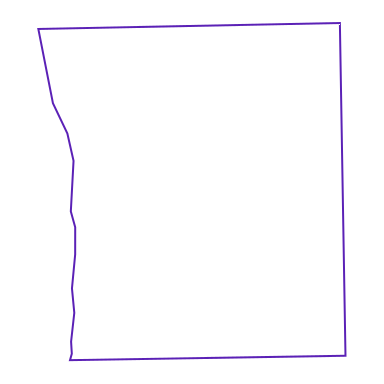 Kearney, Nebraska, United States of America, rotated 269°
{"feature_id": "52423323B30771847835417", "entity_name": "Kearney", "entity_type": "district", "adm_level": 2, "iso_a3": "USA", "parent_name": "United States of America", "parent_adm1": "Nebraska", "projection": "robinson", "projection_center": [-98.962, 40.52], "detail": "fine", "context": "isolated", "style": "outline", "palette": "violet", "viewbox_px": 384, "rotation_deg": 269, "n_neighbors": 0, "source": "geoboundaries", "source_scale": "gbopen_adm2", "svg_char_len": 340}
<svg xmlns="http://www.w3.org/2000/svg" viewBox="0 0 384 384"><g transform="rotate(269 192 192)"><path d="M358.4,342.8L357.7,41.2L283.2,54.5L252.7,68.4L225.2,74.1L174.7,70.5L158.8,74.6L131.6,74.1L97.7,70.3L73.2,72.2L44.5,68.5L32.4,69.0L26.0,67.1L25.6,342.6L356.2,342.8L358.4,342.8Z" fill="none" stroke="#5b21b6" stroke-width="2"/></g></svg>